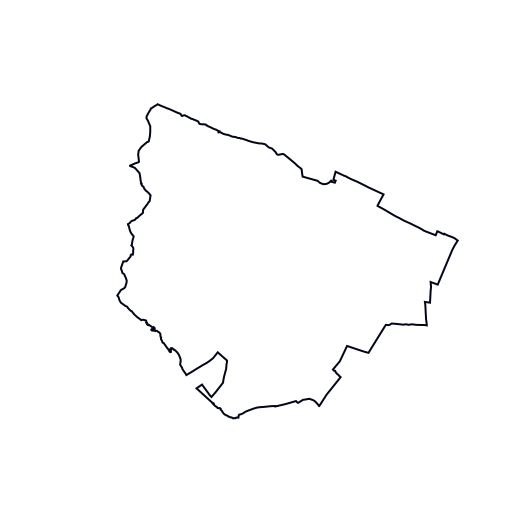 the district of Dumesti, Vaslui, Romania, rotated 130°
{"feature_id": "2599482B81898841183447", "entity_name": "Dumesti", "entity_type": "district", "adm_level": 2, "iso_a3": "ROU", "parent_name": "Romania", "parent_adm1": "Vaslui", "projection": "albers", "projection_center": [27.317, 46.829], "detail": "fine", "context": "isolated", "style": "outline", "palette": "ink", "viewbox_px": 512, "rotation_deg": 130, "n_neighbors": 0, "source": "geoboundaries", "source_scale": "gbopen_adm2", "svg_char_len": 6139}
<svg xmlns="http://www.w3.org/2000/svg" viewBox="0 0 512 512"><g transform="rotate(130 256 256)"><path d="M268.4,410.9L268.1,410.5L266.8,407.0L266.4,405.5L266.6,403.6L267.4,398.5L269.1,396.4L273.4,391.7L273.9,390.8L274.1,390.2L274.5,390.4L275.4,388.5L275.3,386.7L276.2,385.0L276.8,382.2L276.6,381.3L276.7,380.3L276.8,378.2L277.2,376.8L277.2,375.9L277.5,375.6L278.9,374.9L279.4,374.4L281.0,373.6L281.6,373.1L282.4,372.8L283.4,372.7L284.2,372.9L286.3,372.5L288.2,372.5L290.3,372.3L292.0,372.3L293.0,372.2L293.7,371.8L295.2,370.6L295.7,370.4L297.2,370.5L298.6,370.9L301.6,371.3L302.5,371.3L304.5,372.2L305.3,371.9L306.0,372.0L307.1,372.5L308.4,373.4L309.4,373.8L311.1,374.0L311.9,373.9L312.4,374.0L313.7,374.6L314.1,374.4L314.4,374.1L314.8,372.8L317.4,369.1L318.2,367.7L318.9,365.8L319.6,362.3L319.9,362.1L323.3,360.7L327.5,358.2L328.0,358.2L328.1,357.1L328.4,356.1L328.8,355.1L329.7,354.2L331.2,353.4L332.1,352.4L333.8,351.4L334.1,351.2L334.5,351.6L334.8,352.3L335.3,352.6L335.7,352.6L337.0,351.8L337.4,351.7L338.6,351.8L340.8,351.7L342.7,351.7L343.5,352.0L345.5,354.2L349.8,352.5L350.6,352.3L351.9,351.7L352.5,351.3L353.3,349.8L354.1,348.5L354.8,347.7L354.8,347.0L354.7,345.3L356.5,341.6L357.8,339.4L359.5,338.1L363.7,336.3L364.4,336.2L365.5,336.3L368.9,337.6L375.0,336.9L375.5,336.8L375.6,335.7L375.9,334.9L376.2,334.2L377.0,333.2L377.7,331.9L378.2,330.8L378.6,329.3L378.2,323.8L377.9,323.0L377.7,321.9L378.1,320.7L378.3,319.7L378.5,316.8L378.2,315.8L378.6,313.8L378.6,313.2L378.9,312.5L379.0,311.5L379.2,307.6L379.0,305.8L378.9,302.7L378.5,302.6L377.3,301.3L376.7,300.0L376.2,299.3L376.2,298.9L376.2,298.5L376.9,297.8L377.4,297.5L377.2,297.1L377.2,296.7L378.1,296.3L378.3,295.7L378.4,294.7L378.3,294.2L377.6,294.2L377.1,288.9L377.2,288.2L376.9,288.0L376.3,288.3L376.3,287.5L376.8,286.9L378.1,288.3L378.5,288.7L379.3,288.9L379.8,288.8L380.0,288.5L380.0,287.9L378.6,285.8L378.3,285.6L378.2,284.8L377.5,284.5L377.2,284.2L377.0,283.5L377.0,282.3L376.8,281.0L376.9,280.1L377.2,279.1L378.3,278.2L379.2,277.2L379.3,276.8L379.3,276.4L379.8,276.0L380.4,275.7L380.8,275.2L381.5,273.4L382.3,272.1L382.4,271.8L382.0,270.8L383.2,266.3L384.0,262.9L383.6,262.7L383.4,262.4L383.4,261.9L383.8,261.6L384.6,261.3L384.8,260.9L384.8,260.5L384.7,259.7L384.4,259.5L383.9,259.8L381.9,261.4L381.7,261.8L381.4,261.9L381.1,261.8L380.8,261.1L380.4,260.8L380.4,260.4L380.7,259.6L380.7,258.8L380.6,258.5L380.3,258.4L380.3,256.6L380.4,254.9L380.7,253.4L381.3,251.5L383.3,247.7L384.6,246.4L387.5,244.6L388.1,244.1L389.1,240.9L389.9,239.7L390.6,237.4L391.3,234.6L392.0,232.8L385.4,230.5L380.3,228.9L376.4,227.5L374.1,226.8L369.5,225.0L366.3,224.1L361.8,223.2L354.4,223.4L354.7,211.0L355.6,210.3L358.0,208.9L361.7,206.3L369.0,202.9L371.7,201.4L374.3,199.8L386.2,199.4L392.6,199.5L392.4,201.7L389.2,214.7L395.6,216.5L396.4,197.6L396.5,194.4L396.8,194.4L396.9,193.5L396.3,193.5L396.5,192.8L397.0,192.4L397.2,190.6L396.8,189.0L397.1,188.3L397.0,187.6L396.8,187.0L396.3,186.7L396.1,186.1L395.7,185.8L395.8,184.7L396.5,184.1L396.5,182.8L396.9,181.5L397.2,181.0L397.5,179.1L397.4,177.2L396.7,175.2L396.8,174.5L396.6,174.2L396.6,173.5L396.4,173.3L396.1,172.3L395.9,171.5L395.5,171.2L395.3,170.8L395.2,169.9L395.0,169.1L394.7,168.8L394.2,168.5L394.1,168.2L393.7,167.7L393.3,167.4L392.8,167.4L392.5,167.0L391.8,166.7L391.1,165.6L389.0,166.9L388.1,166.8L387.7,166.3L385.2,164.9L382.1,164.0L378.9,162.3L374.2,159.6L371.2,157.6L369.3,155.8L366.5,152.9L362.2,148.8L360.2,146.7L358.4,144.6L358.7,144.4L358.0,143.8L350.3,138.1L341.4,132.1L341.6,130.9L341.5,129.4L336.1,127.6L331.0,123.2L330.9,122.8L329.7,119.6L329.4,117.7L329.6,115.4L330.0,112.7L330.4,111.3L330.3,111.1L316.8,112.8L294.4,113.3L294.3,114.1L294.4,115.3L294.1,116.4L294.2,117.4L294.2,118.1L294.0,118.8L294.0,119.7L293.8,120.3L293.2,121.2L293.1,121.5L293.2,121.8L293.7,122.4L293.7,122.9L293.5,124.1L282.8,124.1L266.4,128.4L260.0,112.2L257.9,107.6L225.3,112.3L223.7,109.9L222.8,109.4L220.6,108.7L220.2,108.2L216.8,103.4L215.8,101.8L213.8,98.9L211.8,97.1L210.6,94.8L208.1,92.7L205.8,89.1L204.1,86.9L200.3,82.2L199.4,80.6L197.9,82.0L195.0,85.2L184.8,94.7L182.6,97.1L179.9,92.7L170.6,99.7L167.1,102.1L163.7,105.5L161.1,98.4L125.3,109.5L120.3,110.6L114.5,111.4L114.7,114.9L115.2,117.1L116.0,119.6L116.4,120.4L116.9,121.8L117.9,126.0L118.6,125.9L119.3,128.5L120.0,131.4L120.5,133.0L124.6,131.7L128.6,143.3L129.0,146.4L130.0,151.2L130.3,152.1L132.0,159.1L133.5,164.3L134.3,167.7L134.4,168.5L134.7,170.1L135.8,174.5L136.7,179.6L138.1,188.2L139.5,195.1L138.9,195.4L126.8,197.9L131.1,213.7L132.4,219.4L134.1,226.4L135.5,231.0L135.7,231.5L137.0,236.9L137.1,238.1L137.9,240.2L140.3,249.2L147.6,245.8L147.8,245.6L147.8,245.2L147.1,243.4L149.1,242.7L150.8,246.2L149.9,246.5L150.0,246.9L151.6,247.0L153.2,247.3L154.4,247.8L155.5,248.4L156.4,249.2L157.7,250.6L158.3,252.2L158.9,254.3L158.8,257.1L165.2,271.3L162.8,274.1L160.2,276.8L160.1,278.7L160.3,281.8L160.2,283.5L160.0,285.5L160.1,298.2L160.2,300.1L160.6,301.1L164.0,303.8L164.4,304.5L164.6,305.2L164.5,306.1L163.9,307.2L163.7,308.8L163.4,312.5L163.5,313.2L164.4,315.4L164.6,316.4L164.5,320.8L166.3,324.2L166.9,324.9L167.7,325.9L170.9,331.7L172.7,335.9L173.4,338.1L175.3,342.6L176.0,343.4L176.1,344.3L177.4,346.2L178.1,348.4L179.1,349.7L179.8,350.9L181.1,355.0L182.4,357.3L183.2,358.9L183.6,360.2L184.1,362.8L184.7,363.7L185.4,364.2L185.2,364.5L184.1,364.4L184.4,365.3L184.9,367.8L185.8,370.1L186.7,374.0L187.4,376.1L187.4,377.1L187.8,377.7L187.5,378.6L187.9,379.6L188.5,380.2L188.7,380.8L189.4,381.4L190.5,383.1L191.0,384.1L191.0,384.8L190.5,385.8L190.1,386.7L191.0,390.1L191.5,391.0L191.7,392.4L192.6,394.0L192.6,395.0L193.2,397.2L193.2,398.0L193.6,399.1L193.8,400.2L193.9,401.0L195.3,402.2L196.0,402.4L196.2,402.7L196.4,403.0L196.1,404.0L195.7,404.8L196.0,406.5L196.6,407.7L199.3,417.4L200.0,418.9L200.5,420.8L202.1,425.6L202.7,428.0L203.0,428.9L203.5,428.9L206.3,430.0L209.7,430.9L210.5,431.4L211.2,431.0L215.4,430.4L219.4,429.5L219.9,429.2L220.9,428.4L221.9,425.6L224.6,420.4L229.0,416.7L232.6,414.2L237.2,411.8L239.0,412.7L246.1,413.9L250.8,413.5L254.0,411.5L259.0,406.2L259.8,406.3L262.7,408.1L266.1,409.8L268.4,410.9Z" fill="none" stroke="#020617" stroke-width="2"/></g></svg>